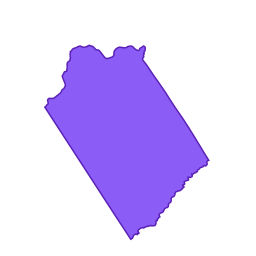 the border of Iowa, rotated 237°
{"feature_id": "USA-3529", "entity_name": "Iowa", "entity_type": "State", "adm_level": 1, "iso_a3": "USA", "parent_name": "United States of America", "parent_adm1": "", "projection": "natural_earth1", "projection_center": [-94.248, 41.94], "detail": "fine", "context": "isolated", "style": "filled", "palette": "violet", "viewbox_px": 256, "rotation_deg": 237, "n_neighbors": 0, "source": "natural_earth", "source_scale": "10m", "svg_char_len": 5206}
<svg xmlns="http://www.w3.org/2000/svg" viewBox="0 0 256 256"><g transform="rotate(237 128 128)"><path d="M34.2,77.5L34.4,77.5L34.6,77.4L34.8,77.2L34.9,76.2L34.9,74.3L34.8,73.9L34.7,73.8L34.2,73.2L34.0,72.9L33.5,72.4L33.3,72.1L33.2,71.8L33.2,71.5L33.2,71.2L33.3,70.7L33.2,70.5L33.2,70.2L33.0,69.8L33.1,69.7L37.3,69.7L46.9,69.7L56.5,69.6L66.1,69.6L75.7,69.6L85.3,69.6L94.9,69.6L114.0,69.6L123.6,69.6L133.2,69.6L142.8,69.6L152.4,69.6L162.0,69.6L171.6,69.6L181.2,69.6L190.8,69.6L190.8,70.1L190.8,70.6L190.9,71.0L191.0,71.4L191.4,72.2L191.6,72.6L191.7,73.0L191.8,74.0L192.1,74.4L192.4,74.7L195.0,75.6L195.7,76.5L195.8,77.9L195.2,79.0L193.7,81.0L193.4,82.3L193.6,84.9L193.8,86.2L193.8,87.6L193.9,88.0L194.0,88.4L194.1,90.2L194.3,91.0L194.6,91.6L195.4,92.6L195.7,93.1L195.9,93.8L196.0,95.4L196.2,96.1L197.2,97.9L197.6,98.4L198.2,98.9L199.5,99.4L204.6,100.4L206.0,100.8L206.7,100.9L207.4,101.2L207.8,101.7L208.4,103.2L208.7,103.7L209.4,104.7L209.7,105.3L209.6,105.7L209.3,106.5L208.9,107.3L209.3,107.9L210.2,108.3L210.6,108.8L211.1,109.3L212.0,110.1L214.6,111.6L215.6,112.5L216.1,113.7L216.2,115.6L216.5,116.5L217.5,117.0L218.1,117.9L218.5,118.1L218.9,118.2L221.5,119.6L221.8,119.9L222.5,120.8L222.8,120.9L223.3,121.0L223.5,121.3L223.5,121.7L223.5,122.3L223.6,122.8L224.4,124.5L224.3,125.0L224.2,126.5L223.7,127.9L223.5,130.2L223.1,131.8L222.7,132.6L222.2,133.0L221.7,133.2L220.5,134.1L220.1,134.5L219.7,135.1L219.3,135.8L219.0,136.7L218.9,137.5L218.5,138.2L218.5,138.4L218.6,138.5L218.7,138.8L218.7,139.6L218.6,140.0L218.5,140.4L218.1,140.9L216.8,141.6L216.5,141.8L216.3,142.4L215.7,142.7L214.5,143.2L211.5,143.7L210.9,144.0L209.8,145.3L209.2,145.8L207.9,146.2L199.4,146.9L198.2,147.6L197.5,148.8L196.9,150.2L196.5,151.9L196.2,153.5L196.3,154.3L196.4,155.2L196.8,156.0L197.4,156.3L197.8,156.5L199.3,157.6L200.2,158.8L200.7,160.3L200.9,162.0L200.8,163.8L200.3,165.1L197.4,168.4L196.9,169.1L196.6,169.7L196.5,170.3L196.4,172.0L196.2,172.8L195.6,174.3L194.9,175.4L193.9,176.1L192.7,176.5L191.5,176.6L190.6,176.9L189.2,177.4L188.0,178.2L187.5,178.8L187.4,179.1L187.2,179.5L187.1,179.8L187.2,180.2L188.0,180.9L188.3,181.5L188.3,182.2L188.2,183.3L188.2,183.9L188.3,184.9L188.4,185.5L188.1,185.9L186.4,186.4L186.0,186.1L185.2,185.7L184.8,185.5L183.7,184.4L183.4,184.1L183.5,183.8L183.5,183.6L183.4,183.3L183.2,183.0L183.0,182.9L182.4,182.6L182.1,182.4L182.0,182.2L181.9,181.8L181.7,181.8L181.4,181.8L181.2,181.7L181.0,181.4L180.8,180.9L180.8,180.7L180.0,180.3L179.4,180.1L179.1,180.0L178.9,179.7L178.8,179.4L178.7,179.0L178.7,178.6L178.5,178.3L178.0,178.0L177.9,177.8L177.6,177.4L174.5,177.6L171.3,177.9L168.2,178.0L159.2,178.1L153.6,178.3L148.0,178.5L136.8,178.8L129.9,178.7L126.4,178.7L122.9,178.7L119.5,178.7L116.1,178.8L112.7,178.9L109.3,179.0L105.8,179.1L98.9,179.1L95.5,179.1L92.2,179.0L85.5,178.9L82.2,178.8L78.8,178.7L75.5,178.6L68.7,178.4L65.8,178.3L62.9,178.2L60.0,178.2L57.1,178.1L56.9,178.1L57.0,177.5L57.1,176.6L56.8,175.8L56.2,175.4L54.6,174.8L54.3,174.2L54.2,173.8L54.1,173.6L53.9,173.3L53.9,172.8L54.0,172.4L54.1,172.2L54.6,171.7L55.2,170.8L55.1,170.5L54.8,170.0L54.7,169.6L54.9,168.7L55.1,168.0L55.3,167.3L55.2,166.3L54.8,165.4L54.8,164.9L54.9,164.1L54.9,163.8L54.7,163.4L54.2,162.9L53.9,162.7L53.8,162.2L53.8,161.9L54.0,161.7L54.0,161.2L53.8,161.0L53.8,160.9L53.7,160.8L53.6,160.7L53.6,160.4L53.8,160.2L54.2,159.1L54.0,158.6L54.0,157.4L53.8,156.8L54.5,156.5L54.1,156.2L52.8,155.8L52.4,155.3L52.4,154.7L52.6,153.1L52.9,152.9L53.6,152.3L54.0,151.5L53.7,151.2L53.2,151.1L51.9,150.7L51.4,150.4L52.1,148.0L52.1,147.6L52.4,146.1L52.2,145.7L51.8,145.6L50.6,145.3L50.2,145.1L50.0,144.7L50.1,144.3L50.2,143.8L50.4,143.4L50.5,143.2L50.3,142.8L50.0,142.6L49.6,142.5L49.3,142.6L48.8,142.9L48.4,143.0L47.8,142.5L47.7,141.7L47.9,141.0L47.9,140.7L47.5,140.4L47.3,139.7L47.2,138.9L47.2,137.3L47.3,137.0L47.5,136.7L47.8,136.3L47.9,136.1L47.9,135.9L47.8,135.4L48.0,134.7L48.2,134.0L48.3,133.3L48.1,132.4L46.3,130.7L46.2,130.5L45.7,129.5L45.6,129.1L45.6,128.7L45.9,128.0L46.0,127.6L45.7,126.1L44.6,125.3L43.4,124.6L42.6,123.5L42.5,122.7L42.5,121.9L42.4,121.2L42.1,120.5L41.6,120.1L40.6,119.5L40.2,118.9L39.9,118.0L40.0,117.3L40.3,116.7L40.4,115.9L40.4,115.1L40.2,114.4L39.9,113.9L39.5,113.6L39.5,113.0L38.5,111.9L38.6,110.3L39.0,108.6L38.6,107.1L38.1,106.7L37.4,106.5L36.1,106.3L36.2,105.0L35.9,104.5L35.8,104.4L35.6,104.2L35.6,103.7L35.6,103.4L35.5,103.2L35.3,102.9L35.2,102.7L34.5,102.2L34.4,102.1L34.5,101.9L34.9,101.6L35.0,101.4L34.9,101.2L34.6,100.8L34.4,100.6L32.8,99.5L32.6,99.3L32.3,99.0L31.8,98.3L31.7,97.9L31.6,97.6L31.7,97.1L31.8,96.7L32.1,96.2L32.5,95.6L32.6,95.4L32.7,95.2L32.8,95.0L32.8,94.8L32.9,94.7L33.0,94.5L33.2,94.4L33.3,94.4L33.7,94.2L33.8,94.1L34.0,93.8L34.0,93.3L34.0,93.0L34.1,92.9L34.2,92.7L34.4,92.6L34.5,92.2L34.6,91.2L34.6,90.9L35.2,90.3L35.3,90.0L35.4,89.6L35.4,88.9L35.4,88.7L35.5,88.4L35.7,87.9L35.8,87.6L35.7,87.3L35.6,87.2L35.5,86.8L35.6,86.6L36.6,85.7L36.8,85.3L37.1,83.8L37.1,83.5L37.1,83.2L37.0,82.9L36.9,82.6L36.7,80.9L36.6,80.5L36.5,80.4L36.4,80.2L36.2,80.1L35.7,80.2L34.9,80.0L34.4,80.1L34.2,80.0L33.9,80.0L33.8,79.8L33.7,79.6L33.7,79.4L33.8,79.2L34.1,78.9L34.2,78.7L33.8,78.3L33.5,77.9L33.5,77.7L33.8,77.5L34.2,77.5Z" fill="#8b5cf6" stroke="#5b21b6" stroke-width="1.5"/></g></svg>